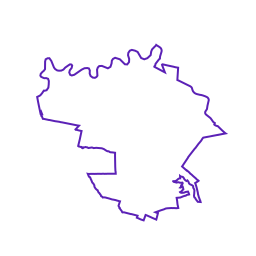 Butea, Iasi, Romania, rotated 102°
{"feature_id": "2599482B5832134522428", "entity_name": "Butea", "entity_type": "district", "adm_level": 2, "iso_a3": "ROU", "parent_name": "Romania", "parent_adm1": "Iasi", "projection": "mercator", "projection_center": [26.967, 47.08], "detail": "fine", "context": "isolated", "style": "outline", "palette": "violet", "viewbox_px": 256, "rotation_deg": 102, "n_neighbors": 0, "source": "geoboundaries", "source_scale": "gbopen_adm2", "svg_char_len": 5711}
<svg xmlns="http://www.w3.org/2000/svg" viewBox="0 0 256 256"><g transform="rotate(102 128 128)"><path d="M108.9,218.0L109.6,218.4L111.7,219.2L113.8,220.3L114.4,220.7L115.1,221.5L116.5,223.3L120.6,221.6L123.4,220.4L131.1,217.0L129.9,216.5L132.5,214.8L132.6,215.1L132.9,215.9L134.3,215.2L134.4,214.7L136.7,213.2L136.8,213.0L136.7,212.8L136.6,212.4L136.6,211.9L136.6,206.9L136.5,206.4L136.5,201.3L136.5,200.6L136.4,199.5L136.2,196.2L136.3,195.1L136.2,193.8L136.0,178.3L135.9,176.4L139.6,178.6L140.3,179.1L140.6,178.8L140.5,177.8L140.6,175.2L140.6,172.8L141.8,172.8L149.3,172.8L156.0,173.0L156.3,172.4L156.2,171.9L156.4,170.6L156.2,169.5L156.4,169.3L157.0,168.9L157.2,168.3L157.1,167.9L156.5,167.5L156.2,167.5L156.2,167.3L156.0,166.6L155.4,165.5L155.5,164.6L155.4,163.9L155.5,163.4L155.8,162.8L155.8,162.4L155.4,161.5L154.6,159.4L154.6,158.6L154.8,157.4L154.0,155.0L153.3,149.4L153.6,147.3L154.8,144.2L155.0,142.9L154.8,142.3L154.9,141.7L155.3,140.9L155.4,140.1L155.1,138.1L154.9,135.5L157.9,134.9L168.7,132.4L172.5,131.4L173.4,131.0L175.3,130.5L176.3,135.2L177.1,138.9L177.3,139.7L177.7,141.3L177.9,142.9L178.4,144.6L179.0,147.7L179.8,150.9L180.3,153.5L181.2,157.3L181.2,157.8L183.0,156.6L183.4,156.3L183.9,155.8L184.1,154.8L184.5,154.5L185.2,154.2L185.3,154.0L186.1,153.5L186.4,153.3L186.6,153.0L186.9,152.8L187.2,152.7L187.7,152.3L188.8,151.6L189.6,150.2L190.0,150.0L190.4,149.7L190.9,149.1L191.4,148.9L192.2,148.7L192.7,148.4L194.1,147.0L195.1,145.3L195.2,144.9L195.3,144.9L196.0,144.2L197.1,143.5L197.3,143.3L197.5,142.6L197.8,142.3L198.6,141.6L198.6,141.4L198.9,141.1L199.5,140.5L200.3,140.1L200.6,138.9L200.9,138.5L201.2,138.2L201.0,137.8L200.8,136.7L200.7,136.2L200.7,134.7L200.8,134.2L200.8,133.5L200.9,131.5L201.2,128.7L201.1,127.3L201.1,124.8L201.2,124.5L201.3,122.6L201.3,122.2L201.4,121.8L201.4,120.6L206.0,121.1L206.4,120.9L207.2,120.2L207.8,119.5L208.3,119.6L208.7,118.9L209.3,118.4L210.4,117.0L211.3,116.4L211.7,115.9L211.3,114.3L211.6,107.4L211.5,106.8L211.6,104.3L211.8,100.4L213.9,100.7L214.1,99.5L214.8,96.4L215.1,93.5L209.4,92.7L209.5,91.8L210.4,87.5L210.8,85.8L211.7,81.3L205.0,81.0L204.9,82.6L204.7,83.6L201.7,78.8L200.0,75.8L199.3,74.9L198.9,74.3L198.4,73.0L197.2,68.7L197.1,67.8L196.7,66.1L196.4,64.0L195.8,62.2L194.3,62.8L192.4,63.7L189.3,64.7L186.2,65.9L185.7,64.3L185.1,62.3L184.7,61.8L184.3,61.1L183.8,60.5L182.9,59.0L182.5,58.3L182.3,57.6L182.1,57.3L181.5,56.9L181.2,56.5L180.6,55.0L180.3,54.4L179.2,55.0L177.7,56.1L178.2,57.3L178.6,58.3L179.4,59.5L179.8,60.4L180.1,61.4L180.3,62.2L180.3,62.7L180.2,63.3L180.0,63.7L179.9,63.8L179.8,63.7L179.5,63.3L179.0,62.6L177.2,61.7L176.6,61.1L175.7,61.4L173.8,62.4L173.8,62.5L174.0,62.7L174.7,63.3L175.4,64.3L175.4,64.5L174.9,64.2L174.3,64.0L173.9,64.0L173.3,64.1L173.0,64.1L172.2,63.4L171.2,63.1L170.9,63.0L170.2,63.3L170.1,63.5L170.5,64.5L170.7,65.7L170.6,66.8L170.6,67.7L171.3,69.1L171.3,69.4L171.2,70.6L171.2,71.4L171.2,71.9L170.8,72.7L170.6,72.7L170.3,71.4L170.1,70.8L169.9,70.4L169.1,69.5L168.0,68.7L167.7,68.5L167.2,68.1L166.6,67.2L166.4,66.5L164.1,67.1L164.5,66.3L164.4,65.2L164.6,63.9L165.5,62.9L166.4,62.2L167.2,61.0L167.7,59.8L166.9,59.0L167.9,57.8L168.2,57.6L169.3,56.9L169.8,56.4L170.0,56.0L170.2,55.5L170.4,54.4L170.8,53.1L171.0,52.7L171.3,52.2L172.8,51.8L173.2,51.5L174.3,50.5L174.7,50.3L175.5,50.0L177.2,49.8L178.2,49.6L180.4,49.4L181.2,49.1L182.1,48.6L182.2,48.2L182.9,47.3L183.6,46.9L184.4,45.9L185.0,45.2L185.7,44.4L185.6,43.9L185.3,41.6L183.9,42.3L183.9,42.5L181.8,43.7L181.3,44.1L178.1,45.8L176.6,46.3L174.7,47.2L171.4,48.8L168.9,50.2L167.9,50.9L165.4,48.3L165.0,48.0L164.4,49.0L164.3,49.5L164.1,49.8L163.7,50.5L163.4,50.8L162.3,52.8L161.3,54.6L160.6,55.7L160.1,56.6L159.8,57.4L159.2,58.3L158.9,58.5L158.7,58.9L157.8,60.5L157.2,61.7L157.4,61.8L154.4,67.1L144.4,63.1L144.0,63.1L142.8,62.5L141.7,62.0L134.1,58.3L133.6,57.9L128.5,55.6L127.7,55.1L125.2,53.8L123.8,53.3L122.9,53.0L121.8,52.4L113.0,31.4L112.7,32.1L110.8,35.4L107.5,40.6L107.5,42.0L107.2,43.3L106.7,44.3L105.7,44.1L105.1,44.1L104.6,45.4L104.2,46.1L103.5,46.8L102.2,48.2L101.3,49.2L100.9,49.9L99.0,53.7L98.6,54.5L98.2,55.0L97.8,55.4L97.3,55.6L96.6,55.8L96.1,55.8L95.7,55.7L93.6,54.9L93.0,54.7L89.7,54.9L84.2,54.8L83.6,54.9L82.9,55.2L82.1,55.9L81.6,56.6L81.3,57.4L80.9,59.2L80.7,60.8L80.6,61.4L80.5,63.2L80.6,64.7L80.5,67.5L80.4,68.5L80.2,69.3L79.9,70.2L79.3,71.1L78.6,72.0L77.9,72.5L77.1,73.0L75.6,73.8L75.1,74.2L74.7,74.8L74.3,75.6L73.4,79.2L72.5,82.7L71.2,87.8L70.8,89.7L58.6,91.5L58.7,94.1L58.6,96.4L58.6,102.6L58.5,107.3L58.6,107.6L59.1,107.9L65.9,103.5L65.1,106.5L63.9,110.6L63.6,111.6L62.7,114.8L62.6,115.0L62.0,114.9L61.3,114.5L61.0,114.4L59.5,114.4L54.9,112.2L53.9,111.6L53.7,111.5L53.7,111.3L54.2,111.0L53.1,111.3L51.4,111.5L46.7,111.1L45.8,111.1L45.2,111.2L44.5,111.5L43.8,111.9L43.2,112.4L42.5,113.5L42.0,114.7L41.0,117.5L40.9,117.7L41.6,117.9L43.2,119.0L46.1,120.8L48.4,121.2L52.0,121.0L55.7,123.6L57.4,126.4L56.8,129.7L51.6,134.4L50.9,137.2L50.8,140.5L52.0,142.3L54.4,143.3L56.8,143.1L60.2,141.2L63.3,140.7L66.0,142.0L66.3,144.3L62.5,150.2L62.0,155.2L63.5,157.0L65.4,157.8L68.3,157.5L71.8,157.9L73.8,160.1L72.7,166.4L73.4,169.0L75.1,170.1L77.4,170.4L83.2,168.8L84.7,169.5L85.8,170.8L86.0,173.0L84.9,175.4L82.7,176.8L79.7,177.3L77.9,178.6L77.8,180.3L78.6,183.0L80.5,185.4L87.1,191.6L88.3,193.9L88.0,195.6L85.9,197.0L83.6,196.9L80.9,195.6L78.5,195.6L77.7,196.5L77.8,198.0L79.2,199.4L82.0,202.0L84.3,203.3L85.7,205.2L86.3,207.4L86.4,209.2L85.5,211.5L84.2,213.0L78.4,216.9L76.1,219.4L76.5,221.1L77.9,222.8L80.2,222.9L87.7,221.4L89.5,222.2L91.0,223.4L93.1,224.6L95.0,224.6L95.9,223.8L96.4,222.0L96.7,220.3L96.2,218.4L96.5,216.4L98.5,215.2L101.9,214.6L105.1,214.3L108.0,215.5L109.0,217.6L108.9,218.0Z" fill="none" stroke="#5b21b6" stroke-width="2"/></g></svg>